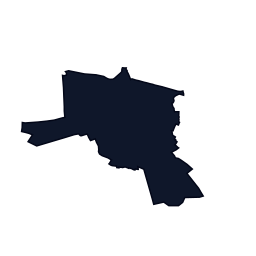 the district of Maiduguri, Borno, Nigeria, rotated 296°
{"feature_id": "59680162B20780696540875", "entity_name": "Maiduguri", "entity_type": "district", "adm_level": 2, "iso_a3": "NGA", "parent_name": "Nigeria", "parent_adm1": "Borno", "projection": "robinson", "projection_center": [13.133, 11.834], "detail": "fine", "context": "isolated", "style": "filled", "palette": "ink", "viewbox_px": 256, "rotation_deg": 296, "n_neighbors": 0, "source": "geoboundaries", "source_scale": "gbopen_adm2", "svg_char_len": 2707}
<svg xmlns="http://www.w3.org/2000/svg" viewBox="0 0 256 256"><g transform="rotate(296 128 128)"><path d="M87.4,126.6L87.2,128.0L87.1,128.8L87.2,129.9L87.3,130.4L88.4,133.6L88.7,134.4L88.2,134.7L87.5,135.4L87.8,136.1L88.2,137.3L88.9,137.0L89.5,138.7L89.6,139.0L89.8,139.4L89.9,139.6L90.1,140.5L91.8,142.5L91.9,143.6L92.1,146.4L92.7,146.3L92.9,148.2L93.1,149.6L93.0,150.6L93.0,151.0L93.0,151.4L93.1,152.0L93.4,152.7L94.3,152.4L94.4,152.6L94.6,153.3L95.1,154.9L95.3,155.3L95.8,155.0L96.3,154.7L96.6,154.5L96.8,154.3L97.6,153.7L97.7,155.9L97.9,160.3L75.2,180.7L70.7,184.6L77.1,192.6L76.1,198.7L80.3,207.4L85.1,209.7L90.4,209.5L97.2,222.6L99.8,225.4L102.5,221.2L104.7,218.0L108.8,209.5L113.0,200.8L119.3,203.8L121.2,197.0L122.3,190.1L122.7,186.7L121.9,183.6L123.1,182.3L123.6,181.4L124.3,179.8L124.7,178.8L125.1,177.6L126.9,178.9L129.5,180.8L132.3,182.2L132.4,181.3L133.1,179.2L133.5,177.5L134.9,177.9L135.9,178.0L137.1,178.1L137.7,175.9L138.3,176.0L138.4,175.7L138.5,174.6L139.2,174.5L140.3,174.5L140.7,174.5L140.8,173.9L140.9,172.7L140.9,171.9L141.3,171.1L143.6,169.4L144.6,168.4L145.2,169.7L147.1,169.5L148.7,169.4L150.3,169.3L152.7,169.4L152.7,171.3L152.8,172.0L153.9,171.9L154.4,171.8L155.7,171.8L156.0,170.8L156.9,170.4L157.8,170.2L158.8,169.4L160.3,169.1L161.2,168.2L162.7,167.6L164.9,166.6L164.2,165.1L163.0,162.7L164.6,161.4L165.7,160.8L166.9,158.8L169.5,156.6L170.3,157.4L171.3,157.5L171.9,157.5L172.8,157.3L174.3,156.0L175.1,155.7L175.7,155.7L176.5,156.1L177.5,156.4L178.6,157.2L179.7,158.1L180.5,158.7L181.1,159.5L181.8,163.6L183.0,163.1L184.1,162.1L185.3,161.1L184.8,160.6L183.8,159.1L183.3,157.9L182.8,156.4L181.9,151.4L180.7,144.6L180.0,140.6L178.3,133.1L178.1,131.1L177.3,127.9L177.3,127.6L176.8,125.0L176.2,122.5L175.2,116.9L174.5,114.1L174.0,110.6L173.9,110.0L172.7,109.1L175.9,105.6L177.3,103.9L177.8,103.1L178.3,102.4L178.9,102.2L179.3,101.9L179.7,100.7L180.2,100.3L181.2,100.1L180.4,98.5L179.7,96.6L179.2,96.6L177.8,96.9L176.3,97.6L175.7,97.7L173.7,97.0L171.8,96.2L168.7,94.9L167.0,94.2L165.6,93.4L165.2,93.0L163.8,90.4L163.4,88.4L163.4,86.7L163.7,83.6L161.8,76.0L157.5,65.2L153.4,49.5L151.3,47.1L150.7,48.3L150.1,48.8L149.6,49.1L148.4,49.5L148.0,48.7L147.0,47.8L146.6,46.1L135.9,52.4L119.2,61.4L115.3,63.3L109.9,66.6L108.0,64.2L102.7,58.2L98.5,51.9L94.0,44.7L87.4,33.3L86.6,30.6L82.0,32.7L78.2,33.9L79.1,37.8L79.8,41.5L80.0,45.2L71.9,44.2L71.9,53.8L91.3,74.9L98.5,82.6L101.2,86.3L100.7,87.1L100.4,88.0L100.3,88.8L100.7,89.6L104.6,93.7L103.7,95.3L102.4,96.7L100.3,99.8L101.8,101.3L103.9,103.3L101.4,105.9L98.9,109.3L95.9,111.1L93.8,111.9L92.2,113.8L91.8,116.9L92.4,123.2L92.0,127.1L91.8,127.0L89.5,127.0L88.1,126.8L87.4,126.6Z" fill="#0f172a" stroke="#020617" stroke-width="1.5"/></g></svg>